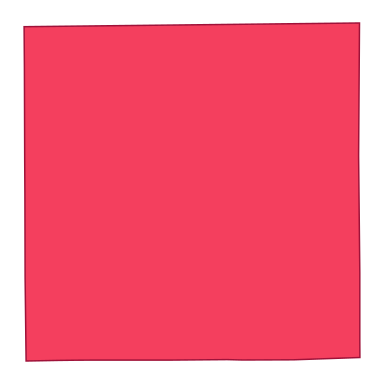 the district of Hamilton, Indiana, United States of America
{"feature_id": "52423323B17191131032036", "entity_name": "Hamilton", "entity_type": "district", "adm_level": 2, "iso_a3": "USA", "parent_name": "United States of America", "parent_adm1": "Indiana", "projection": "albers", "projection_center": [-86.076, 40.073], "detail": "fine", "context": "isolated", "style": "filled", "palette": "rose", "viewbox_px": 384, "rotation_deg": 0, "n_neighbors": 0, "source": "geoboundaries", "source_scale": "gbopen_adm2", "svg_char_len": 357}
<svg xmlns="http://www.w3.org/2000/svg" viewBox="0 0 384 384"><path d="M24.1,26.7L24.4,67.1L24.7,160.5L24.9,194.0L25.1,277.1L26.1,361.0L58.7,360.4L75.4,360.2L92.2,360.1L170.8,360.1L227.1,359.6L242.6,360.0L293.4,359.8L359.9,357.5L359.8,340.6L359.8,272.9L358.6,155.8L359.5,23.0L294.7,23.7L24.1,26.7Z" fill="#f43f5e" stroke="#9f1239" stroke-width="1.5"/></svg>